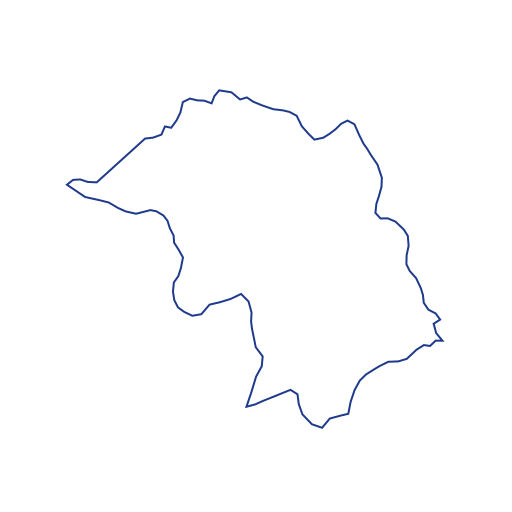 Salto, São Paulo, Brazil, rotated 191°
{"feature_id": "56859067B45487526391276", "entity_name": "Salto", "entity_type": "district", "adm_level": 2, "iso_a3": "BRA", "parent_name": "Brazil", "parent_adm1": "São Paulo", "projection": "natural_earth1", "projection_center": [-47.302, -23.174], "detail": "fine", "context": "isolated", "style": "outline", "palette": "blue", "viewbox_px": 512, "rotation_deg": 191, "n_neighbors": 0, "source": "geoboundaries", "source_scale": "gbopen_adm2", "svg_char_len": 1745}
<svg xmlns="http://www.w3.org/2000/svg" viewBox="0 0 512 512"><g transform="rotate(191 256 256)"><path d="M56.8,208.4L64.4,214.7L68.7,223.4L63.1,228.7L68.7,233.9L76.5,236.2L82.4,242.1L84.7,249.6L88.0,255.8L94.5,264.7L102.2,270.6L106.8,276.6L108.3,285.6L108.1,294.9L110.8,304.7L116.0,310.2L125.7,316.4L133.9,318.1L140.9,316.6L147.0,321.1L147.8,330.1L146.8,337.9L146.0,347.8L147.4,356.8L154.2,368.9L162.5,377.1L167.1,382.2L172.0,386.9L178.0,394.7L184.5,404.1L192.0,406.4L197.6,402.1L202.1,395.6L207.5,389.6L212.6,384.9L220.9,381.4L228.0,386.1L235.8,392.1L242.8,401.4L250.6,403.8L257.2,404.1L267.1,403.4L278.6,405.0L288.1,406.9L295.2,409.9L301.5,406.6L311.3,412.0L323.7,411.6L327.4,404.9L328.7,397.4L336.5,398.6L343.1,397.6L350.9,397.9L357.2,393.1L357.6,382.3L359.9,373.9L363.7,365.7L370.1,365.8L372.0,357.1L379.5,352.6L387.3,350.1L426.4,297.9L435.2,296.6L443.2,297.6L450.1,295.8L455.2,289.9L435.0,281.3L419.5,280.9L410.6,280.4L400.9,276.9L392.3,274.9L381.8,274.6L374.3,278.1L368.4,280.9L362.4,280.9L354.6,278.1L349.6,273.7L345.8,266.7L340.8,260.4L338.9,253.4L333.6,247.9L327.4,240.6L327.4,229.9L328.4,221.4L331.6,214.4L330.7,205.2L327.8,197.1L322.8,190.7L315.7,187.4L307.1,185.2L298.6,188.4L292.3,199.4L282.7,203.7L272.9,208.9L263.4,215.9L254.6,209.9L249.6,199.7L248.3,190.7L246.0,183.7L242.1,174.4L238.9,166.5L230.3,158.7L229.3,148.9L232.9,137.6L233.7,129.7L234.5,121.9L235.6,113.7L236.6,106.2L228.4,110.2L221.8,114.9L196.6,131.2L188.9,128.2L185.7,118.7L180.2,109.4L169.0,101.5L158.3,100.0L152.6,110.5L142.0,115.7L135.3,118.7L135.3,130.9L133.6,143.4L130.3,153.6L125.4,160.7L118.3,167.4L113.6,171.6L106.0,177.4L96.2,179.7L88.4,183.8L80.5,194.7L74.2,200.6L68.0,200.9L63.5,207.2L56.8,208.4Z" fill="none" stroke="#1e3a8a" stroke-width="2"/></g></svg>